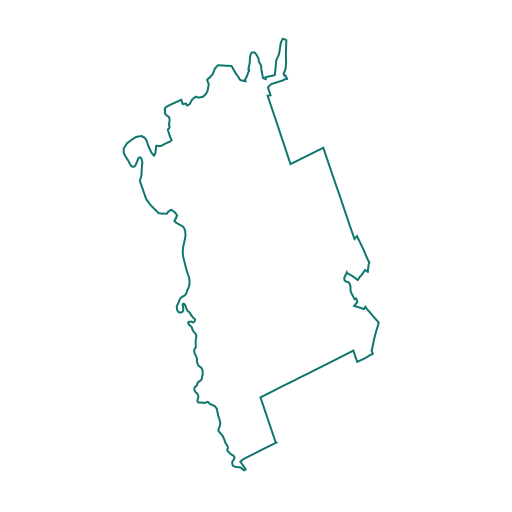 the district of Zlēku pag., Ventspils, Latvia, rotated 79°
{"feature_id": "27541924B50328122617974", "entity_name": "Zlēku pag.", "entity_type": "district", "adm_level": 2, "iso_a3": "LVA", "parent_name": "Latvia", "parent_adm1": "Ventspils", "projection": "robinson", "projection_center": [21.854, 57.134], "detail": "fine", "context": "isolated", "style": "outline", "palette": "teal", "viewbox_px": 512, "rotation_deg": 79, "n_neighbors": 0, "source": "geoboundaries", "source_scale": "gbopen_adm2", "svg_char_len": 6029}
<svg xmlns="http://www.w3.org/2000/svg" viewBox="0 0 512 512"><g transform="rotate(79 256 256)"><path d="M120.2,360.1L120.8,361.2L124.2,364.4L125.6,365.4L128.1,366.0L129.2,366.1L130.7,365.9L133.2,365.2L137.2,363.5L141.5,362.2L142.8,361.8L143.8,361.3L144.4,360.7L144.9,360.0L145.1,359.2L145.0,358.5L144.5,357.6L143.6,356.7L138.7,353.5L137.6,352.6L137.1,352.0L137.2,350.6L137.9,350.2L139.0,349.8L142.5,349.7L147.0,351.1L155.1,353.1L160.2,355.7L161.7,355.4L166.3,354.8L169.7,354.3L172.0,354.0L175.3,353.5L178.1,353.1L179.5,352.6L180.3,352.5L181.1,352.0L183.1,351.1L185.0,350.2L186.1,349.6L192.9,345.1L194.7,343.9L195.2,343.5L195.7,342.6L196.2,340.9L196.6,339.8L197.0,337.3L197.2,336.7L197.4,336.4L197.4,335.3L195.8,333.8L195.6,333.0L194.6,331.4L194.7,330.0L196.6,328.5L196.9,327.9L198.4,326.9L199.4,326.4L200.9,325.9L201.2,325.7L202.4,326.5L202.6,326.9L203.1,327.1L203.3,327.4L203.8,327.4L204.4,327.9L204.7,328.3L205.0,328.6L205.1,328.8L206.2,329.4L208.2,327.9L210.9,324.8L212.2,323.2L213.1,322.3L213.8,321.8L215.0,321.3L216.4,321.0L217.8,320.8L220.1,321.0L222.1,321.2L223.8,321.8L225.7,322.5L233.1,325.7L235.3,326.4L237.1,326.9L240.3,327.5L243.8,327.6L257.8,326.8L264.3,325.8L265.4,325.8L267.9,326.1L269.3,326.3L270.6,326.6L272.2,327.1L273.4,327.8L274.9,328.7L275.9,329.6L278.9,331.3L280.0,332.1L280.8,333.0L281.2,333.8L282.2,337.0L283.6,338.8L286.1,340.4L288.7,342.2L289.9,343.3L291.9,343.6L293.5,343.7L294.5,343.6L295.8,342.9L296.6,342.4L297.0,341.7L297.1,340.3L296.9,339.1L296.4,338.5L295.7,338.0L294.8,337.6L293.2,337.4L290.5,337.3L289.6,337.2L289.1,336.9L288.9,336.5L289.1,336.0L289.7,335.4L290.4,335.1L291.8,334.8L293.9,334.4L296.9,333.6L297.7,333.0L298.6,332.0L299.2,331.7L301.8,330.9L304.9,329.2L305.7,328.4L306.3,328.0L307.1,328.1L308.0,328.5L308.6,329.0L309.2,330.3L309.0,330.8L308.0,331.9L308.0,333.1L307.8,334.7L308.1,335.1L309.3,335.3L310.3,335.1L313.5,332.8L314.2,332.6L315.6,332.5L317.0,332.2L318.2,331.7L320.9,330.1L322.0,329.8L323.2,329.9L324.1,330.1L326.5,330.9L327.8,331.5L333.8,332.4L334.8,333.1L335.6,334.1L336.9,334.7L339.5,334.9L342.1,334.2L344.9,333.6L345.9,333.6L346.7,333.9L348.0,334.1L349.9,334.0L352.2,333.5L353.3,332.9L354.7,331.4L355.7,330.9L356.6,330.6L358.6,330.4L360.7,330.6L362.6,331.1L363.6,331.7L366.3,332.7L367.3,333.5L367.8,334.3L368.3,336.1L369.3,337.3L369.9,337.8L371.4,338.6L372.4,339.5L372.9,341.0L373.5,341.5L374.8,341.8L375.7,342.0L377.4,341.7L378.6,341.0L379.1,340.3L380.6,339.7L382.2,339.4L383.7,339.6L384.5,340.0L386.3,341.0L387.4,341.2L388.1,341.1L388.8,340.5L389.0,340.0L389.2,338.5L389.7,337.1L389.7,336.4L390.6,334.1L389.9,332.0L390.0,331.2L390.9,330.4L392.6,329.4L394.7,326.0L396.1,324.7L398.2,323.7L399.1,323.6L401.5,323.7L403.3,323.5L404.7,323.7L405.6,323.6L407.7,323.2L412.6,322.9L414.1,323.2L415.7,323.8L417.2,324.7L418.8,325.9L420.1,326.2L421.4,325.7L422.7,325.1L425.8,323.2L427.6,322.7L430.8,322.0L432.6,321.9L433.6,321.6L437.7,320.2L438.4,320.1L439.4,320.4L440.5,321.1L441.4,321.3L442.6,320.7L445.1,319.0L446.3,317.9L447.4,316.6L448.5,315.8L449.5,315.6L450.3,315.7L451.0,316.2L452.1,317.1L453.2,318.4L454.5,318.9L456.1,318.9L457.2,318.7L458.2,317.8L459.1,316.3L459.9,313.9L460.2,312.7L460.8,311.4L463.9,308.9L464.1,308.0L463.7,307.3L463.3,306.9L454.8,310.6L454.6,310.3L452.8,306.6L448.4,290.9L446.7,285.2L443.8,274.3L443.5,273.8L443.0,271.7L442.8,271.9L442.4,272.2L441.5,272.4L395.6,278.6L394.9,276.0L393.0,269.1L389.1,255.8L385.5,242.4L383.3,234.9L380.9,225.7L380.3,223.9L375.2,205.7L374.1,201.8L368.7,182.9L367.4,178.5L379.2,176.9L377.6,170.0L376.9,167.6L375.2,163.4L374.3,160.0L370.6,160.6L370.3,160.1L360.8,156.2L355.5,153.8L344.9,148.2L338.2,152.1L333.5,154.7L329.1,157.3L326.7,158.4L327.4,159.0L327.5,159.1L328.7,160.4L327.0,163.0L326.0,164.9L323.7,169.2L320.5,165.3L316.8,165.8L317.2,167.5L312.1,169.0L308.8,169.9L303.4,169.0L300.6,169.5L299.0,170.6L298.3,172.7L296.8,173.7L294.4,173.6L289.7,170.2L289.8,170.2L293.0,166.5L294.0,165.2L299.0,160.7L296.1,157.9L295.5,156.8L290.6,151.6L292.8,149.3L285.7,147.0L283.4,145.9L282.7,146.5L277.7,147.7L270.1,149.3L269.9,149.3L255.8,153.1L258.0,156.1L245.8,157.9L223.4,160.9L211.5,162.5L199.3,164.3L187.0,166.0L162.6,169.3L170.8,198.9L172.3,204.6L130.1,210.1L107.7,213.1L103.5,213.7L100.9,214.0L101.0,211.1L92.8,212.1L91.1,209.9L90.8,209.3L90.3,208.4L90.0,207.1L89.1,198.8L88.9,197.9L88.8,195.6L88.1,194.7L88.1,191.8L86.4,192.0L85.4,192.6L84.2,192.9L84.3,193.6L83.5,194.0L82.4,194.2L80.8,193.0L78.3,191.5L77.1,191.0L75.6,190.6L72.8,189.8L70.6,189.3L66.4,188.7L62.1,187.8L50.1,185.1L48.9,186.1L48.5,187.3L47.9,188.3L51.3,190.9L62.3,194.9L67.8,198.8L81.8,202.9L82.2,204.3L82.2,209.5L82.4,212.7L84.1,212.7L83.9,213.1L83.5,214.0L82.6,215.2L74.4,215.1L71.3,215.0L70.3,214.7L69.0,215.0L65.3,216.2L63.2,215.8L59.6,216.7L58.2,217.3L56.2,218.5L55.5,219.7L55.5,221.0L56.0,222.0L56.8,222.6L58.7,223.5L59.6,223.9L64.3,225.1L66.7,225.9L70.0,227.4L71.2,227.8L71.5,227.3L72.4,227.7L73.0,227.5L74.2,228.5L78.2,230.9L80.5,233.0L82.5,232.9L80.5,237.5L79.4,238.4L77.9,238.8L75.2,239.9L73.8,240.7L64.9,243.7L64.3,245.7L63.3,250.1L63.0,250.9L61.5,256.9L64.1,260.5L69.2,263.8L72.1,267.5L72.8,269.1L73.9,270.4L78.5,269.6L81.3,270.8L84.2,271.8L87.2,274.1L89.6,277.6L89.6,282.2L88.1,284.8L90.3,288.9L94.0,291.9L95.2,294.3L94.7,295.3L93.0,295.6L92.8,299.0L92.0,299.2L91.7,299.1L88.4,299.6L90.8,309.7L91.3,311.7L92.7,316.1L93.3,317.0L94.3,317.2L94.8,317.6L95.4,317.5L95.6,317.8L96.2,317.7L96.8,317.7L97.3,317.9L97.5,318.1L98.3,318.0L99.2,317.7L99.3,317.8L99.7,317.9L100.2,317.4L101.5,316.5L102.0,315.8L102.5,315.3L103.0,315.0L103.5,314.8L105.3,314.8L106.1,314.9L107.4,315.3L109.1,315.9L110.4,316.3L111.4,316.4L113.1,316.2L114.0,316.9L115.2,318.5L122.9,317.6L126.0,316.7L127.3,318.4L127.3,319.4L127.5,319.7L128.0,321.8L128.7,324.9L129.3,326.4L129.8,328.2L129.7,330.1L128.9,331.8L128.8,332.9L130.0,333.3L135.0,334.9L137.3,336.2L138.0,337.1L134.5,338.9L129.8,340.2L125.4,341.0L122.1,341.3L120.2,342.0L118.0,343.3L117.9,344.1L116.5,345.0L116.2,349.0L116.4,351.6L118.4,356.4L120.3,360.1L120.2,360.1Z" fill="none" stroke="#0f766e" stroke-width="2"/></g></svg>